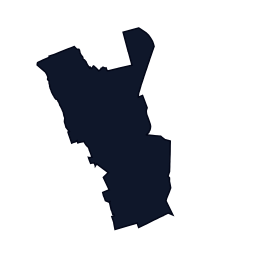 outline of Caracal, Olt, Romania, rotated 66°
{"feature_id": "2599482B13256111556680", "entity_name": "Caracal", "entity_type": "district", "adm_level": 2, "iso_a3": "ROU", "parent_name": "Romania", "parent_adm1": "Olt", "projection": "natural_earth1", "projection_center": [24.333, 44.117], "detail": "fine", "context": "isolated", "style": "filled", "palette": "ink", "viewbox_px": 256, "rotation_deg": 66, "n_neighbors": 0, "source": "geoboundaries", "source_scale": "gbopen_adm2", "svg_char_len": 5615}
<svg xmlns="http://www.w3.org/2000/svg" viewBox="0 0 256 256"><g transform="rotate(66 128 128)"><path d="M215.4,181.1L217.0,169.1L218.5,158.3L223.2,158.7L222.9,148.6L222.5,141.5L222.5,140.8L222.5,139.7L222.5,138.8L222.4,136.9L222.3,136.2L222.3,135.3L222.3,134.7L222.3,133.7L222.3,132.7L222.2,131.6L222.1,131.3L222.2,131.2L222.3,131.1L222.2,130.9L222.2,130.6L222.1,130.3L222.1,129.2L222.1,128.6L222.0,126.3L222.1,126.0L221.7,126.1L225.7,122.4L210.0,123.0L209.8,122.8L209.7,122.7L208.2,121.6L207.5,120.9L204.7,118.0L203.6,116.8L201.0,114.3L200.1,113.4L199.8,113.3L198.6,113.0L195.2,112.2L194.6,112.1L193.8,111.9L193.4,111.8L192.6,111.4L191.8,111.0L190.4,110.4L188.3,111.1L184.8,107.9L184.5,107.7L182.8,106.9L181.4,106.2L180.4,105.7L179.5,105.3L178.6,104.9L176.9,104.1L176.0,103.6L174.6,103.0L171.5,101.5L169.7,100.6L169.3,100.4L166.3,99.0L164.3,98.1L160.8,96.5L157.1,94.7L156.6,95.3L155.6,96.5L155.1,97.2L154.7,97.7L154.4,98.0L154.2,98.3L153.9,98.7L153.6,99.1L153.3,99.2L152.5,99.6L150.5,100.7L149.7,101.1L148.9,101.4L148.8,101.5L148.7,101.7L148.0,103.0L147.3,104.2L146.8,105.2L146.2,106.3L145.4,107.6L143.8,110.4L143.0,111.8L142.4,112.9L141.9,113.7L141.8,114.0L141.7,114.0L141.4,113.4L141.1,112.6L140.9,112.0L140.6,111.1L140.4,110.7L140.0,110.7L139.9,110.4L139.5,109.8L139.2,109.4L139.1,109.2L138.8,108.9L138.5,108.6L138.3,108.4L138.0,108.2L137.7,107.9L137.2,107.6L136.8,107.4L136.6,107.2L136.2,107.0L135.9,106.8L135.6,106.7L135.3,106.6L134.5,106.4L134.1,106.3L133.8,106.3L133.4,106.2L132.6,106.1L132.3,106.1L132.0,106.1L131.4,106.0L130.3,105.9L126.3,105.6L123.7,105.5L122.2,105.2L121.6,105.0L121.2,104.9L120.7,104.7L120.1,104.5L119.9,104.4L119.6,104.2L119.2,104.0L118.7,103.6L118.4,103.3L117.8,102.7L117.3,102.3L110.8,101.9L104.3,101.5L104.2,101.5L104.1,104.8L104.1,105.8L104.1,106.0L102.5,105.4L101.4,104.7L100.8,104.3L100.5,104.1L100.1,103.8L99.1,102.9L98.0,101.9L97.0,101.1L95.6,99.9L94.5,99.0L93.4,98.1L92.4,97.1L91.5,96.3L91.0,95.8L90.2,95.1L89.6,94.6L88.9,93.9L88.4,93.5L86.9,92.2L86.2,91.5L84.4,89.9L83.5,89.1L83.0,88.6L82.1,87.7L81.1,86.8L80.6,86.3L79.4,85.3L77.8,83.8L76.1,82.2L75.4,81.5L74.4,80.7L73.4,79.8L72.5,78.9L71.7,78.2L70.8,77.3L70.0,76.6L68.5,75.2L67.1,73.9L66.1,72.9L65.4,72.3L64.1,71.0L61.4,70.6L58.9,70.4L55.2,70.8L51.6,71.5L48.4,72.8L43.0,76.2L41.0,77.5L38.5,93.5L57.2,96.5L58.0,96.7L58.4,96.7L58.5,96.6L72.3,98.8L69.5,113.0L69.5,113.5L69.1,115.4L67.7,123.1L67.3,123.4L67.0,123.7L66.8,123.8L64.1,123.6L64.0,124.6L63.5,125.0L63.1,125.4L62.7,125.7L62.3,126.1L62.3,126.3L62.3,126.6L62.8,127.2L62.9,127.4L62.8,127.6L62.6,127.9L62.5,128.1L62.6,128.3L63.5,129.3L63.7,130.4L63.9,131.5L63.0,131.8L59.3,133.2L58.9,133.6L58.4,133.7L57.6,134.0L57.3,134.2L57.3,134.3L57.4,134.7L58.6,136.3L59.0,136.8L58.9,137.1L58.4,137.3L58.1,137.4L57.0,137.7L56.9,137.8L57.9,138.7L57.9,138.8L57.4,138.8L57.1,138.8L55.5,139.1L54.7,139.2L53.6,139.4L51.6,139.5L51.3,139.5L50.9,139.4L50.2,139.5L48.9,139.9L48.4,140.0L48.1,140.1L47.1,141.0L46.8,141.0L46.2,140.9L45.5,140.7L45.1,140.6L44.8,140.6L44.3,140.6L44.1,140.6L43.1,141.0L42.7,141.1L42.2,141.2L41.9,141.2L40.8,141.3L39.8,141.3L37.2,140.7L36.7,140.8L36.1,140.9L35.8,141.5L35.5,142.2L35.3,142.5L35.0,142.9L34.6,143.0L32.6,143.7L31.7,144.0L31.7,146.1L31.6,148.0L31.5,149.3L31.4,150.0L31.0,160.4L30.9,164.6L30.8,166.1L30.5,168.7L30.3,170.9L31.1,170.9L31.4,171.0L31.4,173.6L31.3,178.4L31.3,178.8L31.4,179.1L31.4,179.4L31.4,182.4L31.4,183.1L31.5,183.6L31.5,184.0L32.3,184.3L32.6,184.3L32.7,184.5L32.7,185.0L32.9,185.0L33.3,185.0L33.6,185.3L43.7,180.5L44.0,180.6L44.3,180.6L44.7,180.5L45.4,180.4L47.5,180.4L48.3,180.4L48.7,180.3L48.9,180.4L49.6,180.9L50.2,181.3L50.6,181.6L50.8,181.6L51.1,181.7L51.4,181.6L52.6,181.2L53.0,181.1L53.3,181.1L54.2,181.5L54.6,181.7L54.9,181.8L55.3,181.9L55.9,182.0L56.4,182.0L57.2,182.2L58.0,182.6L58.5,182.6L59.0,182.7L59.9,182.9L60.8,182.9L62.1,182.9L63.6,183.1L64.0,183.1L65.1,183.1L66.2,183.0L67.0,183.0L68.4,182.8L68.9,182.7L69.6,182.7L70.3,182.7L70.6,182.6L70.9,182.5L71.3,182.4L71.7,182.3L72.1,182.2L72.4,182.0L72.6,181.9L72.9,181.6L73.1,181.2L73.3,180.9L73.5,180.9L74.3,180.9L75.0,181.0L75.4,181.0L75.6,180.9L75.9,180.8L76.0,180.8L76.2,180.7L76.5,180.7L77.7,180.8L78.3,180.8L78.8,180.9L79.2,181.0L79.4,181.0L79.7,180.9L80.1,180.9L80.4,180.8L82.4,180.7L83.5,180.6L84.7,180.7L84.8,180.7L87.1,180.7L87.8,180.7L87.8,180.8L88.6,181.0L89.4,181.2L89.7,181.2L90.0,181.3L90.4,181.4L90.6,181.5L90.8,181.5L90.8,181.4L91.0,181.5L92.8,181.6L93.1,181.6L94.9,182.7L96.2,183.4L96.4,183.5L97.4,183.7L98.8,183.8L100.8,184.1L102.0,184.3L102.0,184.1L103.0,184.1L104.0,183.9L105.9,183.4L107.4,183.0L107.3,184.5L109.2,184.7L110.3,184.8L111.0,184.9L111.8,184.9L112.6,185.0L117.0,185.4L118.9,185.6L118.9,184.8L118.9,183.8L118.9,183.7L119.1,182.6L119.1,182.0L119.2,181.9L119.2,180.9L119.2,180.4L118.7,180.3L118.8,179.6L121.2,179.9L121.4,177.9L122.2,174.7L122.4,173.6L123.5,173.6L124.6,173.5L125.8,173.3L126.8,173.1L127.8,172.8L128.6,172.3L129.1,172.2L129.9,172.1L130.4,172.0L130.9,172.0L131.3,172.1L132.4,172.3L134.0,172.3L139.9,172.7L139.8,173.2L139.8,173.5L139.7,174.2L139.4,175.1L139.2,175.6L139.0,175.9L138.8,176.1L139.4,176.2L142.2,176.4L145.1,176.5L145.3,175.3L145.4,175.0L145.7,174.3L146.0,173.6L146.2,173.1L146.7,173.1L147.6,173.1L148.2,173.2L149.1,173.2L149.4,173.3L148.0,171.2L160.4,164.3L160.7,164.1L163.1,170.6L176.8,170.3L176.6,177.3L179.9,177.9L180.5,177.9L181.9,177.9L183.2,178.0L185.2,178.2L187.8,175.7L187.7,174.3L187.9,174.3L188.4,175.4L189.0,175.2L195.8,176.6L197.2,176.5L198.5,176.7L200.7,177.0L200.9,176.1L202.6,176.3L202.3,178.8L206.8,179.2L208.7,179.4L209.8,179.8L215.4,181.1Z" fill="#0f172a" stroke="#020617" stroke-width="1.5"/></g></svg>